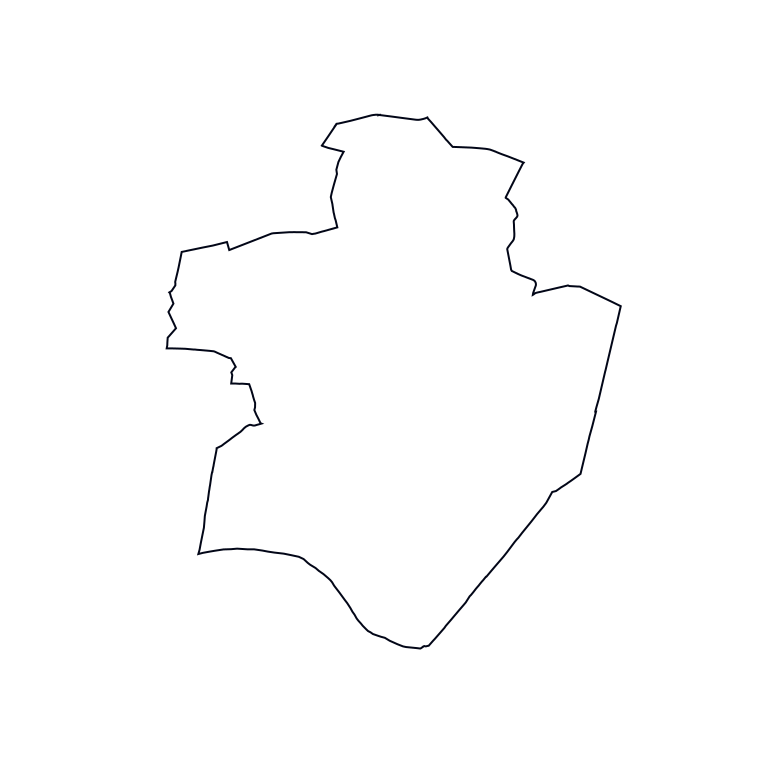 Vīpes pag., Krustpils, Latvia, rotated 331°
{"feature_id": "27541924B97352892903431", "entity_name": "Vīpes pag.", "entity_type": "district", "adm_level": 2, "iso_a3": "LVA", "parent_name": "Latvia", "parent_adm1": "Krustpils", "projection": "natural_earth1", "projection_center": [26.114, 56.47], "detail": "fine", "context": "isolated", "style": "outline", "palette": "ink", "viewbox_px": 768, "rotation_deg": 331, "n_neighbors": 0, "source": "geoboundaries", "source_scale": "gbopen_adm2", "svg_char_len": 5626}
<svg xmlns="http://www.w3.org/2000/svg" viewBox="0 0 768 768"><g transform="rotate(331 384 384)"><path d="M139.2,442.7L143.8,443.9L150.3,446.1L155.4,447.9L163.5,450.9L166.8,452.6L170.1,454.3L175.7,456.8L184.9,462.7L190.2,465.6L197.0,470.8L201.2,474.3L206.4,478.3L214.1,483.8L219.5,488.4L225.7,493.8L228.8,498.1L230.6,503.5L231.8,506.3L234.9,511.7L236.4,515.8L238.9,520.9L241.1,526.8L242.0,529.6L242.5,532.3L242.6,536.1L242.8,537.6L243.9,544.9L245.0,553.8L245.6,557.8L246.0,563.7L246.0,567.9L246.4,571.5L246.4,575.8L246.8,578.5L247.7,582.3L248.2,585.2L249.6,590.2L250.3,592.4L251.8,594.6L253.1,597.3L256.5,601.1L258.9,603.7L261.7,606.4L264.5,611.3L266.9,614.5L269.6,618.1L273.4,622.7L275.7,624.7L284.8,631.0L287.4,632.9L287.8,633.0L288.4,633.0L289.4,632.9L289.7,632.9L290.3,632.7L290.5,632.7L290.8,632.8L291.1,632.6L291.4,632.6L292.3,632.8L292.8,633.4L293.8,633.9L295.1,634.2L296.2,634.6L302.9,632.2L303.6,632.0L305.1,631.5L312.0,629.0L318.6,626.6L320.8,625.5L328.7,622.6L331.8,621.4L340.2,618.2L345.9,616.1L349.6,614.7L356.0,611.2L357.8,610.7L361.1,609.4L365.0,607.7L367.4,606.8L369.1,606.2L370.7,605.5L373.7,604.3L375.5,603.7L377.0,603.1L379.7,602.0L380.1,602.2L387.1,599.5L393.5,597.1L404.9,592.9L410.4,590.6L421.7,585.5L424.8,584.3L427.0,583.6L432.5,581.2L446.2,575.7L450.9,573.7L454.8,572.0L461.4,569.5L463.6,568.7L468.3,566.6L478.8,560.0L482.5,561.0L485.5,560.7L488.0,560.4L488.3,560.3L493.7,560.0L496.1,559.8L496.4,559.7L500.7,559.3L505.8,558.7L512.3,557.9L516.4,553.4L526.5,542.4L533.4,534.7L533.9,534.2L536.1,531.9L538.3,529.4L545.7,521.9L550.8,516.5L555.8,511.2L555.3,511.1L555.2,510.8L555.9,510.0L559.1,506.7L560.4,505.4L564.7,501.1L583.5,480.3L584.4,479.4L591.1,472.0L615.2,445.5L617.2,443.6L628.8,430.7L626.2,427.0L623.7,423.4L619.3,417.2L611.3,406.0L602.6,393.8L600.9,392.8L593.6,388.2L592.7,387.0L590.8,386.5L583.6,384.4L579.0,383.1L565.3,379.2L563.4,378.6L561.9,378.2L561.1,378.0L560.0,377.9L558.0,378.2L557.4,378.2L558.7,376.6L563.1,372.7L564.5,371.5L565.1,370.7L565.4,370.0L565.7,369.3L565.8,368.0L565.8,367.3L565.2,365.7L564.5,364.8L556.8,355.7L554.6,352.8L550.6,347.1L550.6,345.6L551.9,341.9L556.4,328.1L557.2,325.7L558.3,324.8L563.2,322.5L565.9,321.4L567.5,320.5L568.8,319.0L569.5,318.1L570.8,315.9L572.0,313.4L573.8,309.8L575.0,307.5L575.8,305.7L576.4,304.5L576.9,304.0L577.6,303.7L578.5,303.3L579.6,303.0L580.8,302.5L581.6,302.2L582.4,301.4L582.7,300.7L583.0,299.6L583.3,298.1L583.5,296.7L583.9,295.9L584.1,294.0L584.0,293.0L583.7,292.1L583.5,290.2L583.1,288.5L582.1,282.9L580.7,280.2L580.9,279.8L592.0,272.2L604.8,263.5L611.8,258.8L613.5,258.1L602.8,245.1L600.7,242.7L598.6,240.3L596.6,237.9L594.6,235.4L594.3,234.9L594.2,234.8L594.0,234.6L593.8,234.3L593.5,234.1L593.4,233.9L593.0,233.4L592.6,232.9L592.1,232.4L591.9,232.1L591.6,231.8L591.2,231.3L590.9,231.0L590.8,230.9L590.7,230.8L590.6,230.7L590.4,230.4L588.5,228.8L586.8,227.5L582.1,224.3L578.5,221.9L575.0,219.6L563.0,212.3L559.0,209.9L557.7,204.2L557.3,202.3L556.7,200.3L556.2,197.0L555.6,194.1L555.0,191.2L554.3,187.8L553.5,184.1L552.2,177.8L551.1,173.2L551.2,171.9L550.2,171.8L549.1,171.7L547.2,171.3L546.4,171.1L545.4,170.8L544.3,170.5L543.3,170.1L542.7,169.9L541.9,169.5L540.7,168.8L539.7,168.1L529.4,160.5L520.1,153.6L510.4,146.5L510.1,146.4L510.3,146.3L510.1,146.2L509.1,145.5L507.9,144.8L507.1,144.4L506.1,144.0L505.2,143.6L503.5,143.0L502.0,142.6L497.6,141.5L492.1,140.1L482.8,137.7L482.4,137.6L472.0,134.6L471.4,134.4L470.6,134.2L469.4,133.7L468.6,133.4L468.3,133.5L468.1,133.7L466.8,134.3L467.0,134.4L464.8,135.5L455.0,140.5L453.0,141.5L445.2,145.4L445.3,145.6L449.7,150.5L453.3,153.8L461.3,161.3L456.3,164.5L451.8,167.7L446.2,173.5L444.7,177.5L436.9,185.3L431.1,191.3L428.1,194.7L426.0,201.9L425.8,202.3L423.0,209.8L422.9,210.4L421.5,215.0L421.1,217.3L419.1,224.4L417.5,224.0L405.7,221.2L403.5,220.6L400.8,220.0L398.0,219.4L396.4,219.0L395.8,218.7L395.5,218.6L393.7,218.0L389.4,213.5L378.8,207.5L374.5,205.2L360.3,198.5L358.6,197.9L352.6,197.1L319.4,192.6L313.6,191.8L315.5,183.7L301.3,179.9L291.7,176.8L271.1,170.4L268.0,174.1L262.7,180.3L261.0,182.3L257.9,185.8L251.1,193.2L250.7,193.8L250.4,194.7L249.3,196.6L245.6,198.5L243.2,199.7L240.6,199.8L240.8,200.8L239.9,204.5L239.4,207.9L239.3,208.5L238.8,211.6L238.5,211.8L230.4,216.5L229.9,223.5L229.5,229.5L229.1,234.4L221.6,237.1L219.4,237.9L217.3,238.6L214.7,242.6L213.2,245.1L211.2,247.5L215.0,249.6L222.5,254.0L227.5,257.0L229.1,258.1L234.4,261.7L235.5,262.3L237.0,263.4L240.5,265.7L247.3,270.3L251.0,272.9L251.8,273.8L253.3,275.9L260.9,286.0L262.6,287.2L262.6,296.9L262.6,297.1L262.3,297.1L256.1,299.8L255.6,302.7L250.6,309.5L253.7,311.2L257.6,313.7L260.0,314.9L266.0,318.8L264.9,325.1L264.8,325.8L264.3,327.9L263.8,330.3L263.5,331.2L262.7,334.8L262.1,338.1L259.9,341.9L258.0,343.9L257.9,344.6L257.4,349.2L257.3,353.4L257.0,358.4L257.6,359.2L254.9,358.6L253.7,358.3L252.9,358.1L251.4,357.8L250.9,357.7L250.3,357.4L250.1,357.3L249.9,357.2L249.1,356.6L248.0,355.5L247.4,355.0L246.7,354.6L246.0,354.5L244.5,354.4L242.3,354.4L241.4,354.6L240.3,354.8L239.3,355.1L238.2,355.5L235.5,356.2L235.0,356.3L233.8,356.4L232.3,356.6L230.1,356.8L225.3,357.4L222.2,357.9L220.1,358.2L219.2,358.3L216.9,358.6L215.2,358.8L212.7,359.2L211.7,359.3L210.1,359.2L208.2,359.1L206.5,359.0L205.9,360.0L204.7,361.5L196.1,371.8L195.1,373.1L194.0,374.3L193.0,375.5L192.3,376.4L191.6,377.2L191.2,377.8L190.9,377.8L189.0,380.0L182.7,388.3L181.7,389.5L179.8,392.0L179.1,392.8L176.9,395.8L175.2,398.1L175.0,398.3L174.4,399.2L173.8,400.1L171.9,402.0L169.5,405.1L164.2,411.5L163.3,412.6L160.3,417.2L156.8,422.4L156.2,423.1L147.0,433.9L142.3,439.6L139.2,442.7Z" fill="none" stroke="#020617" stroke-width="2"/></g></svg>